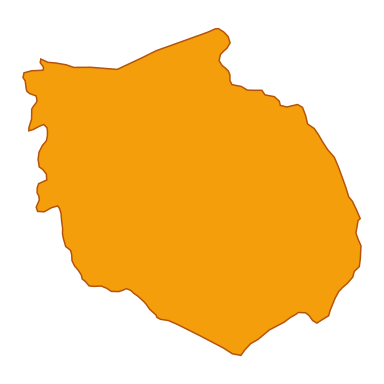 Örnsköldsvik, Västernorrland, Sweden (Albers equal-area conic projection)
{"feature_id": "70781695B95877755672969", "entity_name": "Örnsköldsvik", "entity_type": "district", "adm_level": 2, "iso_a3": "SWE", "parent_name": "Sweden", "parent_adm1": "Västernorrland", "projection": "albers", "projection_center": [18.104, 63.556], "detail": "fine", "context": "isolated", "style": "filled", "palette": "amber", "viewbox_px": 384, "rotation_deg": 0, "n_neighbors": 0, "source": "geoboundaries", "source_scale": "gbopen_adm2", "svg_char_len": 2079}
<svg xmlns="http://www.w3.org/2000/svg" viewBox="0 0 384 384"><path d="M40.8,59.0L40.2,62.6L43.6,67.4L43.0,70.2L36.3,70.6L31.9,70.7L24.0,72.8L23.0,77.6L25.2,80.9L26.1,88.1L26.8,91.2L29.5,93.5L36.2,96.0L37.0,100.8L36.1,102.9L33.3,106.4L31.7,109.2L31.6,119.0L28.9,127.6L28.8,130.8L33.3,129.5L38.7,126.6L43.7,124.5L46.9,127.6L47.4,130.4L47.4,135.9L46.3,140.9L42.4,145.5L39.0,152.2L38.1,159.3L39.2,166.9L42.8,169.5L46.4,174.2L46.7,180.1L43.3,181.5L38.6,183.7L37.2,188.0L37.1,192.8L38.8,196.0L39.3,200.0L36.2,207.2L37.6,211.4L44.2,211.8L51.3,207.8L57.6,205.9L59.5,208.4L61.0,213.3L61.6,220.6L62.6,228.4L62.5,234.0L63.4,238.5L65.7,246.5L70.6,250.4L71.7,254.8L72.0,260.7L74.6,266.0L78.6,270.7L81.3,275.0L82.2,279.0L85.5,281.6L89.1,285.9L94.3,286.4L101.2,286.0L106.9,288.4L111.3,291.4L118.8,291.6L122.4,290.4L126.5,288.6L130.7,290.4L133.8,293.3L137.9,296.2L143.5,301.3L145.9,303.9L149.7,309.3L156.1,315.1L156.9,317.4L157.9,317.9L160.4,319.3L168.3,320.5L177.3,324.4L188.5,330.0L200.5,336.0L213.5,342.8L223.4,348.0L232.4,353.8L240.9,355.4L245.0,349.7L250.6,343.7L257.9,339.5L263.2,335.1L269.4,329.9L277.0,325.9L284.1,322.2L290.3,317.5L295.6,314.5L298.4,312.5L305.6,312.8L309.2,315.7L312.6,320.5L316.9,323.1L321.7,320.0L328.6,315.8L330.1,310.5L335.0,298.4L338.7,291.6L342.2,287.8L347.4,283.3L352.7,277.2L354.3,271.4L359.3,266.6L360.3,258.6L361.0,245.8L358.4,240.0L355.9,233.2L357.1,226.4L358.1,220.6L360.2,218.6L356.2,209.2L352.4,201.3L348.7,196.8L345.9,187.6L341.8,176.2L338.7,167.7L334.3,157.3L327.6,149.6L322.3,141.4L318.2,134.3L314.2,128.5L307.6,124.0L305.6,115.5L302.5,107.4L297.6,104.5L291.4,105.9L286.9,107.0L280.3,105.4L279.3,101.2L277.0,99.1L274.4,96.7L264.9,94.8L261.9,90.3L253.8,90.3L247.3,90.1L241.4,86.5L236.8,85.6L231.9,84.6L230.0,80.7L229.9,74.9L228.3,71.0L225.4,68.1L222.1,65.5L219.1,60.7L220.4,54.5L223.6,51.2L226.9,48.3L230.1,42.8L228.1,36.6L223.9,32.1L218.4,28.6L215.1,28.9L207.7,32.2L176.9,43.3L156.2,50.7L141.3,58.1L130.2,63.3L124.0,66.2L117.2,69.4L90.9,67.3L73.7,67.4L66.2,64.8L55.9,63.0L47.8,62.3L40.8,59.0Z" fill="#f59e0b" stroke="#b45309" stroke-width="1.5"/></svg>